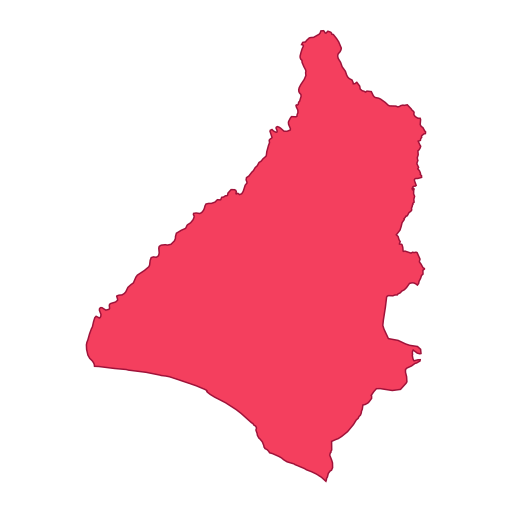 Beloha, Androy, Madagascar
{"feature_id": "10022922B63714971659336", "entity_name": "Beloha", "entity_type": "district", "adm_level": 2, "iso_a3": "MDG", "parent_name": "Madagascar", "parent_adm1": "Androy", "projection": "natural_earth1", "projection_center": [45.029, -25.05], "detail": "fine", "context": "isolated", "style": "filled", "palette": "rose", "viewbox_px": 512, "rotation_deg": 0, "n_neighbors": 0, "source": "geoboundaries", "source_scale": "gbopen_adm2", "svg_char_len": 6037}
<svg xmlns="http://www.w3.org/2000/svg" viewBox="0 0 512 512"><path d="M94.5,366.3L98.8,366.5L114.8,368.5L126.2,369.5L128.5,370.1L146.1,372.3L160.0,375.1L161.2,375.5L165.7,376.0L169.7,376.8L188.8,383.2L196.3,385.8L204.9,389.4L206.6,390.4L207.1,391.0L206.8,391.4L207.2,392.0L210.2,394.4L214.6,397.1L225.5,402.7L236.2,409.6L241.1,413.4L251.7,422.9L252.8,423.4L253.9,425.1L255.6,426.1L256.4,427.6L256.4,428.6L256.0,429.6L256.0,430.4L257.1,433.4L257.4,435.3L258.9,438.1L259.7,438.7L262.3,441.8L263.7,445.3L264.1,447.2L264.8,447.9L264.9,448.5L267.2,449.7L268.7,451.3L269.6,452.8L272.5,453.6L278.8,456.4L281.5,457.9L283.6,459.7L287.0,461.8L294.0,463.9L295.0,464.6L304.4,468.5L306.5,469.8L311.5,471.7L316.3,474.0L321.5,477.3L325.9,481.3L326.4,479.9L326.5,478.5L327.4,477.0L328.3,473.4L330.2,470.9L331.5,470.2L332.6,467.7L332.5,462.9L331.7,460.2L329.7,455.1L330.3,452.9L330.9,452.4L331.0,451.2L331.7,450.0L331.6,441.4L335.8,439.5L338.1,438.7L341.7,436.4L347.5,431.7L353.4,424.6L356.3,419.9L358.1,418.4L359.0,416.5L360.5,415.0L361.3,412.8L361.4,411.5L362.3,409.2L362.9,405.0L365.1,404.5L367.9,403.0L369.1,401.8L371.6,398.4L371.6,396.0L371.2,395.4L373.9,391.5L376.4,388.7L380.2,388.6L392.3,390.5L400.5,389.4L406.1,383.2L406.9,381.8L406.6,376.7L405.5,372.3L405.5,369.5L407.0,368.0L411.6,365.9L415.0,363.4L416.6,363.0L420.0,361.0L420.2,359.7L417.9,359.8L414.0,360.8L413.6,360.3L412.9,358.6L412.3,355.5L412.6,354.0L412.3,353.3L412.5,351.6L413.2,350.0L417.2,353.1L419.9,353.8L421.0,353.5L420.6,349.3L417.5,346.5L409.6,345.3L405.5,343.9L398.1,340.4L388.4,338.6L384.0,329.2L382.8,325.4L383.4,319.9L385.4,307.2L386.6,297.1L387.3,296.1L388.5,295.6L392.9,295.8L394.8,295.0L397.3,294.9L398.0,293.9L400.3,292.8L401.8,291.1L404.4,289.7L406.5,287.6L409.5,283.4L412.1,282.8L413.9,283.0L415.7,283.8L417.4,285.1L418.6,283.5L419.1,281.2L420.6,278.3L421.5,275.5L423.0,274.1L422.9,270.3L424.4,269.1L424.4,268.5L423.0,267.7L420.9,263.9L419.5,262.1L419.4,261.4L420.0,259.1L417.1,252.6L416.0,252.2L414.0,252.6L412.7,252.2L411.0,253.1L405.0,251.1L403.6,251.4L403.1,251.1L402.8,247.5L402.1,244.9L401.6,244.3L399.5,244.1L399.5,243.3L400.2,241.7L399.0,239.6L398.1,236.5L396.3,234.8L400.0,230.1L401.1,226.7L402.1,222.6L404.2,219.6L404.2,219.1L404.0,218.8L405.4,217.1L406.0,216.1L406.6,216.1L407.3,215.7L409.0,212.6L410.8,211.3L411.7,210.0L411.5,208.1L412.2,206.5L412.4,205.1L413.0,204.3L412.8,203.4L414.1,202.2L413.8,199.3L414.6,196.3L413.6,193.9L413.7,190.4L414.1,189.0L413.2,188.1L412.4,189.4L412.1,188.5L413.0,186.7L414.1,186.2L415.3,186.1L416.2,185.4L414.5,180.8L414.4,179.6L414.9,178.9L415.7,178.5L417.7,178.5L421.6,177.4L421.5,175.6L420.3,174.5L420.5,173.4L420.1,172.3L419.4,170.7L417.8,168.8L418.6,167.4L416.9,163.8L417.1,162.5L417.9,160.5L417.4,159.0L417.3,157.6L418.2,154.8L417.9,150.9L419.0,149.9L420.2,147.9L420.7,146.2L419.8,144.8L418.2,141.2L420.4,140.4L420.7,138.6L421.7,137.4L421.5,136.4L421.7,135.7L423.9,133.9L425.4,133.6L425.6,131.9L424.7,130.9L422.9,127.6L421.2,126.4L420.2,124.6L420.6,119.7L420.2,118.3L417.8,118.2L415.1,116.5L413.9,114.6L413.8,113.9L414.1,112.8L413.7,111.6L411.8,109.9L411.2,108.9L407.3,104.8L404.1,105.4L403.0,105.1L400.8,105.6L399.4,106.5L397.8,106.9L395.9,106.1L389.6,105.9L388.3,105.3L385.2,102.4L380.6,99.1L378.7,98.2L375.2,97.5L374.3,96.9L373.3,95.7L371.3,91.6L366.9,91.1L365.6,92.1L363.9,91.2L362.1,90.7L360.2,89.0L359.7,86.1L356.8,82.3L354.8,83.7L353.3,83.8L353.1,82.5L352.0,80.0L349.3,78.6L347.9,77.3L346.7,75.2L345.4,71.3L342.1,66.7L340.6,62.4L338.2,58.4L337.7,56.3L337.8,54.9L338.3,53.7L340.0,51.8L341.0,49.8L341.3,48.1L338.7,41.9L336.5,38.5L333.3,34.5L331.9,34.3L331.5,33.1L330.7,32.2L327.9,31.2L325.9,33.2L325.1,32.9L324.1,31.2L323.5,30.7L320.9,30.9L320.2,32.9L319.2,34.2L313.5,37.4L311.0,37.5L309.3,37.9L306.6,40.4L305.5,41.9L302.7,42.4L301.6,44.6L302.7,44.8L303.4,46.0L302.1,48.9L300.9,52.8L300.1,56.1L300.2,57.8L300.9,59.4L301.9,60.3L302.1,62.5L303.9,66.7L305.6,69.9L305.9,71.3L305.6,72.8L305.9,75.5L304.2,79.5L300.8,84.6L299.2,87.7L298.7,89.7L298.9,91.7L299.5,92.9L300.9,94.5L301.1,96.3L299.6,101.3L298.7,102.1L298.2,104.4L297.3,105.1L296.4,104.9L296.0,105.4L296.3,106.9L297.7,109.8L297.9,111.0L297.9,112.9L297.2,114.3L296.9,116.3L296.0,116.8L291.5,116.6L290.3,118.2L288.6,121.5L288.4,122.5L288.6,124.4L290.4,128.6L290.3,130.0L287.0,131.3L284.0,131.2L280.5,128.1L278.9,127.1L277.4,126.6L276.4,127.1L276.0,128.0L277.1,130.7L277.1,131.7L276.8,132.1L276.0,132.3L273.5,131.0L272.0,129.5L270.3,130.3L270.0,131.3L272.0,137.4L271.8,137.9L270.0,139.2L269.2,140.2L269.5,142.8L268.5,145.4L266.8,151.6L266.3,155.5L265.8,156.4L263.0,158.8L261.2,161.1L259.0,162.5L257.3,165.7L255.2,167.6L253.4,170.7L251.9,172.1L248.9,176.0L246.5,177.6L246.1,179.9L246.8,181.6L247.0,183.0L245.2,185.2L243.2,191.4L241.7,193.8L239.5,194.6L237.8,193.3L236.3,193.9L236.0,193.7L236.3,191.6L235.7,190.3L234.5,189.7L231.1,189.6L228.0,193.0L227.5,195.3L226.9,195.7L225.4,195.8L223.4,197.1L221.7,197.3L220.7,199.7L220.2,199.9L217.4,199.7L215.0,202.1L211.4,203.4L208.7,203.4L206.0,204.0L205.0,205.9L204.4,208.2L203.6,210.1L202.2,212.0L200.9,213.0L199.8,213.5L196.1,213.0L193.6,213.4L193.4,214.7L194.1,215.9L194.1,217.1L193.1,219.7L190.6,222.8L187.5,224.8L186.9,225.6L185.9,227.9L185.3,228.5L181.4,230.2L176.4,233.2L175.5,236.4L175.4,238.5L174.4,240.9L171.0,244.3L167.4,245.1L165.4,244.7L161.5,245.1L160.5,245.5L159.3,246.4L159.0,247.0L158.8,248.4L159.2,253.0L158.6,255.4L158.2,256.0L156.3,257.3L153.4,256.9L151.2,257.6L150.2,260.3L149.6,265.1L148.8,266.8L144.4,270.5L137.4,275.1L135.9,277.1L133.4,282.9L131.0,284.6L127.9,287.4L125.8,291.8L124.3,293.5L122.0,294.9L118.8,295.2L116.9,295.9L116.7,296.3L117.6,299.2L117.6,300.2L115.6,302.0L110.7,303.5L109.6,304.3L109.3,305.6L109.6,308.2L109.3,309.0L108.3,309.5L105.8,310.1L102.0,307.7L100.7,307.6L99.9,308.2L99.5,308.8L99.4,310.2L101.0,314.5L100.8,316.2L100.2,317.5L99.4,318.0L96.1,316.3L94.8,317.7L93.6,321.5L92.4,326.9L91.4,328.8L89.6,333.7L87.8,340.1L86.9,342.3L86.4,344.9L86.6,349.4L87.9,355.1L89.7,358.3L92.4,361.0L93.7,363.0L94.3,364.6L94.5,366.3Z" fill="#f43f5e" stroke="#9f1239" stroke-width="1.5"/></svg>